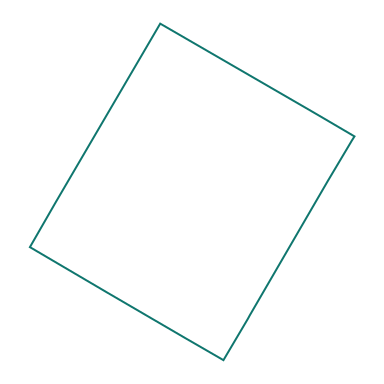 Barron, Wisconsin, United States of America, rotated 300°
{"feature_id": "52423323B47194785340337", "entity_name": "Barron", "entity_type": "district", "adm_level": 2, "iso_a3": "USA", "parent_name": "United States of America", "parent_adm1": "Wisconsin", "projection": "robinson", "projection_center": [-91.799, 45.423], "detail": "fine", "context": "isolated", "style": "outline", "palette": "teal", "viewbox_px": 384, "rotation_deg": 300, "n_neighbors": 0, "source": "geoboundaries", "source_scale": "gbopen_adm2", "svg_char_len": 350}
<svg xmlns="http://www.w3.org/2000/svg" viewBox="0 0 384 384"><g transform="rotate(300 192 192)"><path d="M321.9,80.3L115.2,79.1L63.2,79.2L62.5,169.0L62.1,258.9L62.1,303.3L110.2,303.8L114.0,303.7L269.3,304.1L314.1,304.7L314.8,304.7L315.9,304.7L321.4,304.9L321.4,303.1L321.7,260.3L321.9,80.3Z" fill="none" stroke="#0f766e" stroke-width="2"/></g></svg>